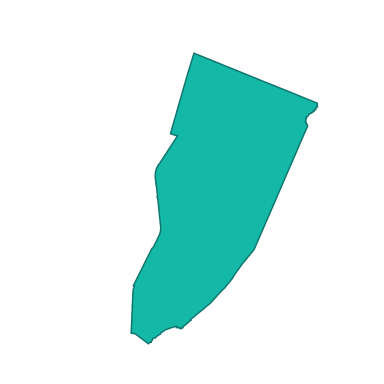 Someren, Noord-Brabant, Netherlands, rotated 219°
{"feature_id": "6326949B17219588023251", "entity_name": "Someren", "entity_type": "district", "adm_level": 2, "iso_a3": "NLD", "parent_name": "Netherlands", "parent_adm1": "Noord-Brabant", "projection": "albers", "projection_center": [5.682, 51.386], "detail": "fine", "context": "isolated", "style": "filled", "palette": "teal", "viewbox_px": 384, "rotation_deg": 219, "n_neighbors": 0, "source": "geoboundaries", "source_scale": "gbopen_adm2", "svg_char_len": 4611}
<svg xmlns="http://www.w3.org/2000/svg" viewBox="0 0 384 384"><g transform="rotate(219 192 192)"><path d="M179.4,85.7L178.7,82.3L177.5,82.7L177.4,82.1L177.2,81.5L176.8,80.6L176.5,79.8L176.0,78.9L175.9,78.6L175.5,77.9L175.1,77.4L174.9,77.1L174.5,76.5L173.2,74.7L171.4,72.4L170.4,71.0L169.7,70.0L169.1,69.3L168.1,67.8L167.7,67.3L167.4,66.8L167.2,66.5L167.1,66.3L166.4,65.6L166.5,65.5L166.4,65.4L166.0,65.1L165.9,64.9L165.1,63.9L164.3,62.8L162.7,60.5L162.1,59.7L161.3,58.6L160.7,57.9L155.7,51.2L154.5,49.5L153.0,47.4L150.7,44.3L150.6,44.2L150.3,44.1L149.8,44.1L149.7,44.2L149.8,44.2L149.6,44.4L148.0,45.5L147.7,45.7L147.2,45.9L146.8,46.0L146.5,46.1L145.9,46.1L142.9,46.2L142.7,46.2L142.4,46.2L137.7,46.4L136.6,46.4L130.3,46.7L130.3,47.9L129.7,49.4L129.2,49.5L129.4,50.0L129.8,52.5L130.0,53.8L130.1,54.4L129.9,54.6L128.9,55.2L128.8,55.3L128.6,55.6L128.7,57.2L128.5,58.0L128.1,59.2L127.9,59.9L127.2,61.5L127.2,61.8L127.2,62.1L127.3,62.2L127.4,62.7L127.6,62.8L127.6,63.0L126.8,65.2L126.7,65.5L126.3,67.0L126.2,67.3L126.2,67.8L125.2,69.3L125.2,69.2L125.0,69.6L124.8,70.0L124.3,70.8L123.7,71.9L123.6,72.0L123.5,72.3L123.4,72.4L123.3,72.7L123.1,72.9L122.6,73.6L122.4,73.9L122.3,74.0L122.2,74.1L122.1,74.3L121.8,74.8L121.2,75.7L121.1,75.8L120.9,76.1L120.6,76.5L120.3,76.9L120.1,77.2L119.7,77.9L118.7,76.8L118.0,77.6L117.7,77.7L116.5,78.2L115.6,78.6L115.7,79.0L114.9,79.1L114.8,78.7L114.3,79.2L114.3,80.4L113.7,80.6L113.9,81.3L113.8,82.2L114.0,82.8L113.8,83.8L113.0,87.0L112.9,88.5L112.1,91.6L112.9,91.7L112.8,92.5L112.7,92.7L111.9,96.6L111.4,99.0L109.2,109.8L108.7,112.7L108.0,115.7L107.7,117.4L107.7,119.6L107.6,120.9L107.3,124.1L107.2,125.5L107.3,126.2L107.2,127.7L106.7,134.9L106.3,137.5L106.2,138.0L106.3,138.8L106.3,141.5L106.3,142.7L106.2,144.3L106.2,145.5L106.2,149.8L106.9,154.6L107.7,168.1L107.6,173.5L107.6,174.1L107.5,186.3L122.5,240.2L122.6,240.5L123.0,241.8L123.4,243.3L123.9,245.1L125.8,252.0L126.8,255.6L129.2,264.0L130.5,268.7L134.1,281.8L136.8,291.4L140.6,304.8L142.9,313.4L143.5,315.8L143.9,315.9L144.2,316.3L144.3,316.5L144.7,316.8L145.5,317.0L145.8,317.1L145.9,317.3L146.0,317.3L146.3,317.4L146.5,317.4L146.7,317.2L146.8,317.3L147.0,317.6L147.1,317.9L147.6,318.0L147.9,318.0L147.9,318.3L148.1,318.5L148.3,318.6L148.3,318.8L148.4,319.1L148.5,319.2L148.6,319.3L148.7,319.5L148.8,319.8L149.2,320.0L149.3,320.8L149.7,320.9L149.8,321.0L149.7,321.4L149.7,321.5L149.8,321.5L149.9,321.8L150.4,322.2L150.4,322.3L150.3,322.6L150.2,322.8L150.1,323.0L149.9,323.1L149.7,323.3L149.8,323.5L149.9,323.8L149.7,324.1L149.7,324.3L149.9,324.7L149.8,325.0L150.1,325.8L150.1,326.2L149.7,326.4L149.7,326.5L149.7,326.8L149.8,326.9L149.7,327.0L149.5,327.4L149.3,327.7L149.4,327.9L149.4,328.0L149.0,328.3L148.9,328.5L148.8,328.8L148.9,329.0L148.7,329.1L148.6,329.3L148.6,329.5L148.7,329.8L148.4,330.0L148.4,330.3L148.5,330.4L148.5,330.5L148.3,330.7L148.2,330.8L148.1,331.2L148.4,331.2L148.4,331.3L148.5,331.4L148.5,331.6L148.5,331.8L148.6,332.0L148.4,332.3L148.3,332.5L148.1,332.6L148.1,332.8L148.1,333.1L148.4,333.1L148.5,333.1L148.5,333.3L148.3,333.8L148.4,334.0L148.5,334.2L148.0,334.6L148.3,334.9L148.4,335.0L148.5,335.3L148.6,335.5L148.4,336.1L148.4,336.3L148.4,336.6L148.5,336.6L148.5,336.8L148.4,336.9L148.5,336.9L148.7,337.5L148.8,337.6L149.0,337.5L149.3,338.2L149.7,338.5L150.0,339.2L150.2,339.4L150.3,339.4L150.4,339.5L150.4,339.8L150.5,339.9L155.0,338.5L160.2,336.9L165.9,335.2L191.5,327.4L205.1,323.2L208.7,322.1L212.9,320.9L218.0,319.3L228.5,316.1L231.2,315.3L240.8,312.4L243.5,311.5L247.9,310.2L277.8,301.1L269.1,279.6L262.3,263.5L259.9,257.8L256.0,248.6L252.0,239.3L251.1,237.0L245.4,223.8L241.9,225.1L239.3,226.1L239.1,226.2L239.1,226.5L238.6,226.5L235.1,193.2L235.1,192.9L235.2,192.5L235.1,191.6L235.1,191.2L234.9,190.5L234.8,189.8L234.7,189.4L234.6,189.1L234.5,188.3L234.2,187.6L234.0,187.0L233.7,186.3L233.4,185.6L233.3,185.3L232.9,184.6L232.6,184.0L232.4,183.7L232.2,183.4L231.8,182.7L231.5,182.5L231.1,181.9L230.2,180.7L224.0,174.6L223.7,174.5L223.6,174.4L222.3,173.2L222.3,173.3L222.1,173.1L221.9,173.0L222.0,173.0L221.6,172.6L221.3,172.3L221.1,172.2L220.3,171.1L216.3,167.2L216.3,166.5L216.1,166.2L215.9,166.0L215.5,165.8L215.0,165.8L214.8,165.7L204.7,155.5L197.4,148.2L196.1,147.0L195.8,146.6L194.9,145.7L194.3,145.0L193.7,144.4L193.3,143.9L193.1,143.6L192.6,142.8L192.3,142.4L192.1,142.0L191.8,141.6L191.5,141.0L191.3,140.4L190.7,139.1L190.5,138.7L190.3,137.9L189.4,134.1L189.0,132.3L188.7,130.9L188.4,130.2L188.4,129.9L188.2,129.0L188.0,128.8L188.0,127.9L187.3,124.7L187.3,124.2L187.6,123.0L187.6,122.7L186.5,117.8L179.7,87.1L179.4,85.7Z" fill="#14b8a6" stroke="#0f766e" stroke-width="1.5"/></g></svg>